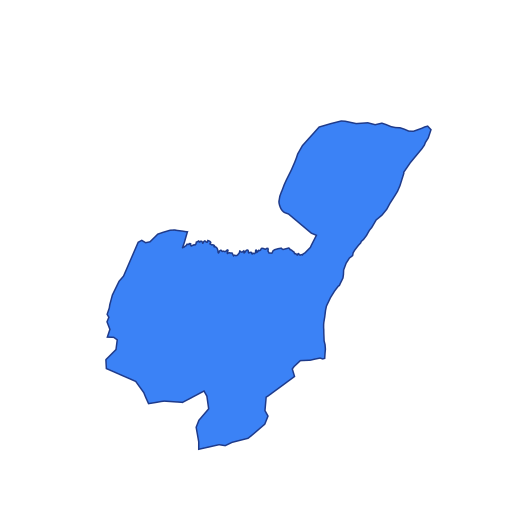 Gulani, Yobe, Nigeria (Equal Earth projection), rotated 209°
{"feature_id": "59680162B10585943230735", "entity_name": "Gulani", "entity_type": "district", "adm_level": 2, "iso_a3": "NGA", "parent_name": "Nigeria", "parent_adm1": "Yobe", "projection": "equal_earth", "projection_center": [11.802, 10.918], "detail": "fine", "context": "isolated", "style": "filled", "palette": "blue", "viewbox_px": 512, "rotation_deg": 209, "n_neighbors": 0, "source": "geoboundaries", "source_scale": "gbopen_adm2", "svg_char_len": 5041}
<svg xmlns="http://www.w3.org/2000/svg" viewBox="0 0 512 512"><g transform="rotate(209 256 256)"><path d="M365.7,210.9L362.1,174.2L363.5,167.5L362.7,152.3L360.3,142.6L359.1,139.4L357.9,132.8L355.0,131.1L354.4,126.2L348.2,121.0L346.7,113.0L341.0,115.9L336.7,115.4L333.1,106.3L337.0,92.7L336.8,92.2L332.3,85.0L300.4,88.0L287.9,82.1L283.8,78.8L278.4,74.8L272.4,79.5L268.5,82.7L265.9,84.6L254.6,89.9L253.8,90.3L249.7,92.2L249.4,92.2L236.0,112.7L231.0,109.6L223.3,99.4L226.3,84.7L225.3,77.2L216.0,65.7L212.4,59.2L196.8,73.1L191.0,75.2L186.6,81.4L181.3,86.4L174.6,92.7L174.5,92.9L172.3,98.3L166.8,113.2L167.9,121.8L173.2,125.1L178.7,137.5L177.7,139.2L163.9,169.3L169.5,174.8L169.1,177.9L166.5,186.0L158.0,191.2L154.6,194.3L150.5,197.8L147.8,198.3L146.3,199.8L148.8,205.1L150.1,208.1L152.6,211.9L155.3,214.8L159.3,221.4L160.9,224.2L161.2,224.7L162.0,225.9L163.6,228.8L164.5,230.8L165.6,233.9L166.3,235.9L168.8,242.1L170.1,246.3L170.3,249.2L170.5,252.8L170.7,255.7L170.3,263.5L169.8,267.0L169.4,269.6L168.8,270.6L169.0,273.2L169.1,275.4L169.2,277.2L169.3,278.9L170.5,282.1L172.6,286.3L173.7,293.4L173.3,299.6L172.6,301.1L171.7,303.2L172.6,305.9L172.5,309.1L171.9,313.0L171.6,315.0L170.8,318.2L171.0,319.8L170.0,322.6L169.3,327.5L169.3,331.9L169.2,334.0L168.6,337.0L168.4,345.8L165.6,353.0L165.1,355.9L164.3,360.3L164.4,366.8L163.8,376.3L163.6,381.2L164.2,387.3L166.8,400.0L167.4,400.8L166.3,412.4L164.4,422.5L162.9,430.4L162.5,434.6L162.9,437.4L162.6,442.8L164.2,451.3L166.4,452.0L168.8,452.8L171.0,450.7L172.9,448.1L178.8,441.4L182.9,439.3L187.8,438.8L192.1,438.0L196.4,435.9L200.6,434.6L205.9,434.0L210.3,433.2L215.4,428.6L222.8,426.7L232.5,420.4L243.3,417.1L246.9,415.4L254.7,408.1L263.3,399.4L268.9,375.1L269.0,365.5L268.2,361.2L267.6,356.8L266.8,348.6L266.6,344.4L266.3,337.2L265.9,332.2L265.0,326.1L264.9,325.3L264.9,325.2L264.9,324.7L264.3,320.8L264.3,320.7L264.2,320.5L264.2,320.4L264.2,320.2L264.1,319.9L264.1,319.7L263.6,318.3L262.7,315.8L262.7,315.7L262.6,315.4L262.5,315.2L262.4,315.0L262.4,314.9L261.6,313.6L260.1,311.9L258.4,310.4L256.9,309.3L255.0,308.4L253.1,307.9L251.7,307.9L247.9,308.5L218.7,302.8L213.2,303.4L212.8,292.3L212.6,289.9L214.7,282.4L215.9,280.4L215.9,279.5L216.6,279.4L217.1,279.0L217.5,278.4L218.1,278.3L218.6,278.0L219.3,278.2L219.6,278.7L220.1,278.7L220.4,278.2L220.4,276.9L221.1,276.9L221.9,277.1L222.4,277.4L222.9,277.0L223.5,276.8L224.0,277.3L225.2,278.1L226.0,277.9L227.8,278.4L229.3,278.1L230.1,278.7L231.2,278.9L235.5,274.8L236.6,274.8L237.7,275.1L240.1,273.2L242.7,270.6L243.6,268.9L243.5,267.4L243.5,266.2L244.1,265.8L245.2,265.4L246.0,264.9L247.0,265.6L248.0,266.1L248.3,267.3L248.9,268.0L249.2,268.4L250.1,268.1L250.6,267.3L251.1,266.4L251.7,266.3L253.0,266.2L254.2,265.8L254.9,265.3L255.0,264.4L254.9,263.3L255.4,262.5L256.4,262.3L256.4,261.4L256.7,260.3L257.0,259.6L257.4,259.9L257.4,260.7L257.7,261.0L258.2,261.1L258.7,261.3L259.0,261.0L258.9,260.3L258.6,259.8L258.2,259.2L258.2,258.6L258.4,257.5L258.8,257.1L259.7,257.1L260.1,256.8L260.3,256.0L260.9,256.0L261.3,256.5L261.7,256.9L262.6,256.6L262.9,256.2L263.5,255.6L263.9,255.2L264.4,255.5L264.7,256.0L265.0,256.5L265.5,256.9L266.1,257.2L266.7,256.9L267.2,256.2L267.3,255.7L267.5,254.9L267.5,253.9L267.9,253.0L268.6,253.5L268.9,254.4L269.2,254.6L269.4,254.2L269.8,253.1L270.3,252.5L270.9,252.3L271.5,252.4L272.0,252.6L272.6,252.5L272.3,251.4L272.1,250.2L272.4,249.3L272.5,248.2L273.0,247.2L273.8,246.5L274.2,246.5L275.3,246.2L275.7,245.3L278.0,246.7L278.4,247.0L279.7,246.3L280.7,246.0L281.7,245.2L282.2,244.4L282.7,244.7L282.6,245.4L283.1,246.1L283.0,247.0L283.4,247.5L284.1,247.4L284.3,246.5L284.8,245.4L285.4,244.7L286.1,244.6L287.0,244.4L287.7,243.6L288.3,243.7L289.2,244.1L289.7,243.9L290.0,243.3L290.4,242.5L290.4,241.9L290.1,241.1L290.4,240.5L290.9,240.8L291.7,241.9L292.5,242.8L293.5,243.7L294.7,244.3L296.5,244.3L296.9,243.8L297.6,244.3L297.6,245.0L299.3,244.9L299.9,244.3L302.2,244.3L302.1,245.3L302.2,246.0L303.2,246.4L304.5,246.4L305.6,246.2L305.4,245.5L305.4,244.3L306.0,244.1L306.8,244.2L307.4,244.4L308.2,244.3L308.6,243.4L308.7,242.5L308.6,242.1L308.6,241.7L308.9,241.4L309.4,241.9L309.9,242.2L310.5,242.5L311.4,242.3L311.5,241.9L311.8,241.3L312.2,240.8L312.6,240.8L313.0,241.2L313.4,241.4L313.8,240.8L314.4,239.7L314.9,239.3L314.7,238.6L314.4,237.5L314.5,236.4L315.0,236.3L315.3,235.7L315.8,235.2L316.2,235.3L316.6,234.4L317.0,234.0L317.4,233.4L317.9,233.4L318.4,234.0L318.7,234.0L319.1,235.0L319.6,234.9L320.4,234.5L320.4,233.6L321.6,232.8L322.0,232.9L322.1,232.1L322.2,231.0L322.9,230.0L323.2,228.9L323.9,228.5L324.2,227.1L325.2,232.9L327.7,243.8L327.8,243.7L328.0,243.7L328.3,243.6L328.5,243.6L328.8,243.4L331.0,242.6L332.5,242.1L332.9,241.9L335.2,241.0L337.4,240.1L338.9,239.6L339.0,239.6L339.3,239.5L339.3,239.4L339.5,239.4L339.9,239.2L340.0,239.1L340.3,239.0L340.3,238.9L341.5,238.2L342.8,237.4L343.0,237.3L343.1,237.2L343.3,237.1L343.5,236.9L343.8,236.7L344.0,236.5L344.1,236.4L349.3,231.1L349.6,230.7L352.5,227.5L355.6,217.0L359.0,214.1L363.5,214.3L365.7,210.9Z" fill="#3b82f6" stroke="#1e3a8a" stroke-width="1.5"/></g></svg>